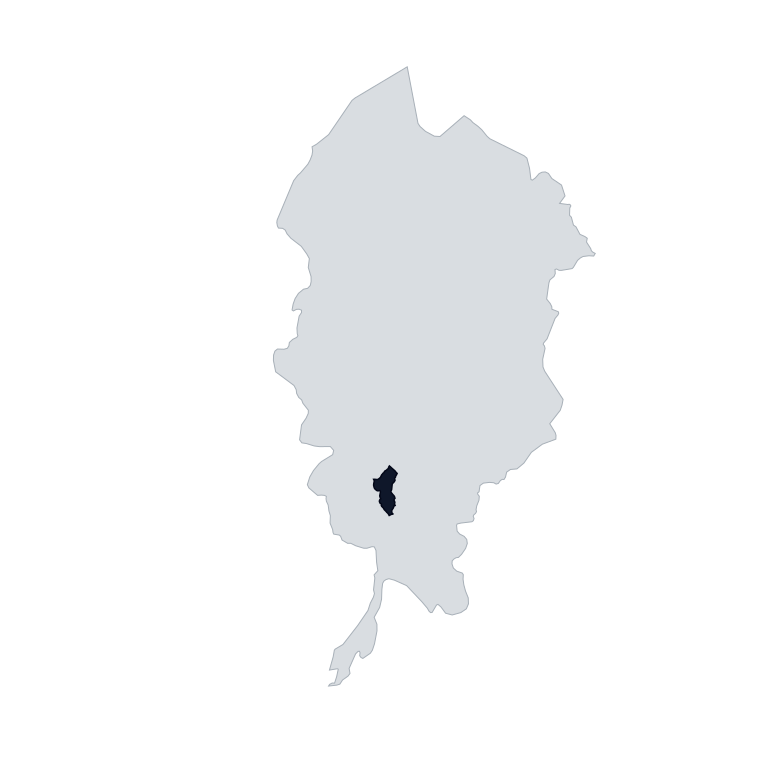 where Panjshir sits in Afghanistan, rotated 130°
{"feature_id": "AFG-1769", "entity_name": "Panjshir", "entity_type": "Province", "adm_level": 1, "iso_a3": "AFG", "parent_name": "Afghanistan", "parent_adm1": "", "projection": "natural_earth1", "projection_center": [69.851, 35.487], "detail": "fine", "context": "in_parent", "style": "filled", "palette": "ink", "viewbox_px": 768, "rotation_deg": 130, "n_neighbors": 0, "source": "natural_earth", "source_scale": "10m", "svg_char_len": 5357}
<svg xmlns="http://www.w3.org/2000/svg" viewBox="0 0 768 768"><g transform="rotate(130 384 384)"><path d="M341.6,227.2L354.7,226.0L363.6,227.6L368.2,232.2L372.7,233.4L377.2,231.1L380.0,230.7L381.1,232.2L383.3,232.8L386.7,232.5L388.6,233.8L389.1,236.5L391.6,240.0L396.1,244.2L400.1,245.2L405.5,241.9L407.3,242.3L408.2,241.3L408.7,238.9L411.9,236.6L417.8,234.6L421.1,232.7L422.3,231.1L424.3,230.7L426.5,231.1L428.0,230.6L429.2,228.5L431.3,227.7L433.0,228.1L441.1,235.7L444.2,238.0L445.6,237.6L449.7,233.4L450.3,229.6L449.2,224.7L449.9,220.7L452.6,217.7L457.5,215.8L464.6,215.1L469.0,215.5L470.7,217.1L472.9,217.9L475.6,218.1L478.1,216.3L480.4,212.6L480.6,208.0L478.5,202.5L479.1,200.7L482.7,198.0L486.5,193.8L490.2,188.5L493.7,182.0L498.1,178.0L503.3,176.4L509.7,178.2L517.1,183.3L520.0,189.5L518.2,196.9L518.1,201.0L519.6,201.7L528.1,200.3L529.2,201.4L529.1,203.5L527.9,206.6L526.4,215.4L523.9,237.1L527.6,250.0L530.0,255.1L532.6,256.8L535.1,257.4L537.6,256.9L542.7,253.6L550.5,247.5L558.0,243.7L569.0,241.6L572.6,235.0L577.6,230.7L589.1,224.3L595.4,221.8L599.0,221.4L607.8,223.8L608.3,225.8L607.8,227.9L605.3,229.6L604.5,231.0L605.5,232.0L609.0,232.3L624.3,227.9L627.6,224.0L630.9,223.8L637.4,225.5L642.3,224.9L645.0,226.6L651.0,232.3L649.1,232.6L646.4,231.5L644.9,229.6L638.7,232.1L631.9,235.7L632.1,236.7L638.2,241.9L625.6,247.6L619.9,250.9L618.5,251.0L609.9,248.0L585.9,248.9L567.8,250.7L560.7,253.6L554.1,255.1L550.7,256.6L548.4,259.7L538.4,266.4L536.6,268.9L531.0,268.7L525.2,275.2L516.7,283.1L515.0,286.7L516.3,288.6L520.8,291.5L522.9,294.1L526.1,301.7L527.4,307.1L529.4,309.4L530.5,315.8L528.5,319.4L528.5,321.2L531.3,326.0L530.6,327.5L528.5,329.8L525.2,335.9L519.3,340.5L516.7,344.5L512.6,349.0L510.8,352.8L509.0,354.8L507.1,355.9L507.6,358.0L509.3,360.5L512.0,363.3L511.9,374.7L510.4,378.0L502.9,381.1L495.6,382.4L486.8,382.5L483.4,382.0L471.1,377.9L467.2,379.9L466.4,384.9L473.4,393.1L476.3,397.6L479.5,405.2L481.9,409.1L481.0,412.8L468.3,420.9L460.3,421.7L455.2,423.1L452.7,425.1L450.9,433.7L449.1,436.9L449.1,440.6L447.4,444.8L444.8,447.6L443.0,452.0L444.3,474.8L437.0,483.9L432.8,487.2L428.9,488.7L425.7,488.1L421.6,482.9L418.8,481.0L415.9,481.4L413.0,483.2L408.4,482.6L404.4,480.8L402.4,481.0L401.2,482.8L397.0,486.7L386.6,492.6L382.3,493.1L380.5,494.6L381.2,497.0L383.0,499.0L386.3,500.4L386.4,502.0L381.1,505.0L375.7,507.0L369.5,507.8L363.1,506.6L359.8,504.0L355.9,503.8L352.3,505.7L348.6,508.9L343.4,516.9L335.9,521.8L334.0,526.8L331.7,535.8L332.2,548.9L331.3,554.8L329.6,558.6L329.9,561.7L332.4,565.1L331.4,567.3L329.3,569.8L327.2,571.2L286.3,583.9L279.6,584.2L276.1,583.7L264.6,583.6L259.8,584.6L254.9,586.3L251.4,588.4L248.5,591.6L243.7,589.8L228.6,586.7L187.3,590.8L183.4,590.0L126.1,570.1L162.5,525.5L163.6,521.8L163.8,514.5L161.8,504.7L158.4,500.2L127.0,495.1L126.1,487.5L126.6,484.1L126.2,477.5L126.4,472.5L128.0,464.2L128.1,460.5L119.1,423.4L119.1,419.7L125.2,411.2L132.9,402.9L132.5,401.4L128.8,400.5L123.1,400.4L120.2,399.1L117.9,396.8L117.0,393.4L118.7,387.5L117.5,375.9L123.6,366.2L132.8,365.6L128.3,358.5L127.3,357.7L127.0,356.5L127.5,355.3L129.8,354.8L135.5,350.3L135.8,347.7L140.5,341.0L140.2,338.0L143.4,330.1L141.9,324.8L141.7,322.0L145.1,320.1L147.4,312.7L148.6,310.9L148.8,309.1L148.2,306.1L151.2,305.6L154.0,309.4L158.4,313.5L161.2,314.6L164.9,315.2L173.0,313.9L174.7,314.1L183.0,321.2L184.4,323.0L185.0,325.8L186.4,326.6L189.3,323.8L192.2,322.9L197.6,323.8L200.5,322.7L214.4,314.0L215.5,308.4L216.9,305.2L218.8,303.4L216.6,297.0L217.4,295.7L219.3,295.1L223.8,295.1L244.6,288.1L250.1,288.1L251.3,287.5L251.7,285.6L253.2,283.5L263.1,278.3L268.8,273.1L270.9,269.1L280.7,236.9L285.7,234.1L290.8,232.1L307.9,231.5L311.2,221.6L312.8,219.2L315.8,216.9L328.3,224.0L341.6,227.2Z" fill="#d9dde1" stroke="#a8b0b8" stroke-width="1"/><path d="M477.8,293.6L478.0,293.6L479.0,294.5L481.4,295.5L480.6,297.6L480.5,299.6L480.3,300.4L480.1,302.6L480.1,303.1L479.8,303.7L479.4,304.9L479.2,307.0L479.0,307.6L478.8,308.0L477.9,308.6L477.6,308.7L477.6,309.0L477.6,309.5L477.8,309.9L477.9,310.1L477.8,310.4L477.6,310.9L477.3,311.5L476.9,312.1L476.3,312.5L475.4,312.8L474.9,312.8L474.5,312.7L474.3,312.6L474.1,312.6L473.5,313.7L473.3,314.2L472.4,315.4L469.7,316.9L469.0,317.3L468.7,317.6L468.4,318.1L468.3,318.7L469.8,320.0L470.1,320.7L470.3,321.2L470.2,323.6L470.0,324.3L469.7,324.9L468.3,326.8L467.7,327.3L466.6,328.0L465.4,328.6L465.1,328.8L464.7,329.0L464.3,329.2L464.2,329.4L464.1,329.9L463.7,330.7L462.9,329.8L461.7,328.0L461.2,327.5L460.5,327.2L459.3,326.9L457.7,326.7L455.1,327.4L454.7,327.3L452.9,327.4L452.1,327.1L451.6,327.1L450.9,327.4L450.1,327.4L448.6,326.8L446.7,326.6L446.1,326.3L445.6,326.1L445.3,326.7L444.7,327.0L443.3,327.2L443.3,325.6L443.4,324.8L443.5,319.7L444.0,317.6L444.0,316.5L445.6,316.0L446.8,316.0L447.1,315.8L447.6,315.5L448.1,315.3L449.2,315.4L450.2,314.4L450.5,313.8L450.8,313.6L451.2,313.5L452.8,313.3L454.8,313.5L455.5,313.3L460.1,310.2L462.0,309.7L462.3,309.1L462.5,308.6L463.0,306.2L463.1,305.2L463.2,304.5L463.5,303.6L464.5,302.1L465.1,302.1L465.6,302.1L466.2,301.9L466.5,301.7L466.8,301.2L467.5,299.8L467.8,299.5L468.9,298.9L469.2,298.7L469.4,298.6L469.8,297.4L470.3,297.5L470.5,297.7L470.5,297.8L470.5,298.1L471.4,297.8L472.9,297.2L475.4,296.9L476.3,296.5L476.7,296.1L477.2,295.5L477.6,295.0L477.8,294.5L477.8,294.1L477.8,293.7L477.8,293.6Z" fill="#0f172a" stroke="#020617" stroke-width="1.5"/></g></svg>